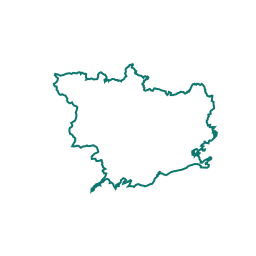 Ipeiroy, Ipeiros, Greece, rotated 297°
{"feature_id": "26713481B784345685192", "entity_name": "Ipeiroy", "entity_type": "district", "adm_level": 2, "iso_a3": "GRC", "parent_name": "Greece", "parent_adm1": "Ipeiros", "projection": "robinson", "projection_center": [20.637, 39.661], "detail": "fine", "context": "isolated", "style": "outline", "palette": "teal", "viewbox_px": 256, "rotation_deg": 297, "n_neighbors": 0, "source": "geoboundaries", "source_scale": "gbopen_adm2", "svg_char_len": 5915}
<svg xmlns="http://www.w3.org/2000/svg" viewBox="0 0 256 256"><g transform="rotate(297 128 128)"><path d="M133.6,41.9L132.6,42.8L131.9,44.2L132.5,45.5L131.5,46.4L129.7,46.9L129.1,48.7L127.3,50.5L126.8,52.4L127.2,53.3L128.2,54.0L128.2,56.5L128.5,57.5L126.7,60.6L125.1,61.1L123.9,62.3L123.5,64.7L125.4,66.5L124.3,67.9L123.5,69.8L123.9,72.0L123.6,73.3L121.0,74.1L118.0,74.5L116.1,76.3L113.2,77.2L110.6,77.5L106.7,75.1L105.2,77.1L104.5,77.5L103.0,77.2L101.9,76.2L100.4,76.3L97.9,77.7L96.4,79.3L96.7,80.7L96.2,82.3L95.2,83.4L95.3,84.5L94.7,85.9L93.4,86.2L92.7,86.8L86.4,86.5L87.1,88.5L88.7,90.2L89.7,92.0L89.0,94.9L91.1,96.2L92.4,98.4L93.8,99.3L93.6,100.3L94.3,101.8L97.0,105.2L96.7,106.0L96.8,108.4L96.0,109.8L93.4,112.3L92.7,112.2L90.0,109.9L86.0,108.6L84.0,109.8L85.8,112.8L85.4,113.6L84.3,114.6L84.3,115.1L85.8,117.4L87.3,118.5L87.3,119.3L86.2,119.8L85.1,121.2L83.4,121.5L82.8,122.8L81.6,123.6L81.2,126.4L79.4,125.0L78.2,124.8L77.9,125.1L78.0,125.7L76.7,127.3L77.7,129.0L77.6,129.4L74.2,129.8L69.7,128.5L67.1,128.3L64.3,126.2L63.5,125.2L62.6,125.3L61.2,124.3L58.3,124.0L57.5,123.1L55.3,124.0L56.3,124.2L56.4,124.9L56.2,124.4L55.9,124.4L55.9,125.0L57.0,125.6L60.6,125.1L61.0,126.2L62.9,126.6L64.8,127.7L64.4,128.3L64.4,127.6L63.3,127.5L64.6,129.0L65.2,127.9L66.0,128.0L68.8,130.3L71.0,130.7L73.0,132.2L73.3,132.7L73.3,134.5L71.7,136.4L70.7,136.7L72.0,138.1L71.1,140.5L69.8,141.7L68.3,144.5L69.8,144.4L70.5,144.1L69.5,144.3L71.5,143.4L72.6,144.3L72.6,143.8L72.8,143.9L72.9,144.3L74.2,144.8L74.9,145.5L71.6,145.5L72.0,146.2L73.3,145.5L76.5,146.1L78.3,145.5L81.2,146.7L81.4,148.1L80.7,150.0L77.9,148.7L76.1,149.0L80.0,152.4L82.7,153.9L82.4,154.8L77.4,155.1L76.1,154.7L77.2,156.3L78.4,159.2L78.2,160.1L81.0,160.9L82.9,162.9L82.6,164.9L83.2,166.0L83.1,166.8L83.8,168.5L83.7,169.5L85.1,171.1L88.3,173.5L88.9,174.6L89.9,175.0L93.3,175.3L94.7,174.8L98.6,176.2L98.7,175.5L99.4,175.2L100.7,176.4L101.7,176.8L101.9,175.6L103.2,176.0L103.3,176.5L102.5,177.7L103.0,179.7L102.8,180.6L103.3,183.4L108.8,186.8L115.4,195.0L119.4,198.5L120.6,198.6L121.6,199.2L126.0,203.6L127.2,205.8L127.6,207.7L127.3,210.0L127.0,210.4L126.2,210.5L126.0,210.9L128.6,216.6L130.1,217.4L131.9,216.7L131.7,215.3L132.0,214.3L131.4,213.8L132.0,212.5L132.0,213.5L131.5,213.7L132.1,214.1L135.0,214.0L135.8,214.9L138.3,216.2L139.4,215.6L139.3,214.4L138.5,213.9L137.3,213.9L136.6,212.9L134.0,211.0L130.7,209.7L130.2,208.8L130.1,208.3L131.6,208.0L132.6,205.8L133.9,205.2L135.4,203.1L137.1,202.8L138.1,203.2L138.7,204.0L138.1,203.1L137.2,202.7L136.3,202.6L134.7,203.1L135.1,201.2L136.4,200.6L133.4,200.1L135.3,199.1L135.2,198.4L134.6,198.2L133.5,198.4L133.5,197.5L134.2,197.4L134.7,198.1L135.6,198.5L136.2,198.1L136.1,197.3L135.8,196.9L135.5,197.4L135.2,197.5L134.8,197.0L135.3,197.4L135.7,196.8L136.7,197.6L137.6,197.3L136.1,196.7L135.4,196.8L135.2,196.4L135.7,196.1L136.8,195.9L137.2,196.7L138.4,196.8L140.3,198.5L140.5,198.9L139.7,200.2L138.9,200.8L137.6,200.7L137.6,201.0L138.7,201.3L140.0,201.1L140.6,201.8L142.8,202.6L141.9,204.8L142.4,205.1L142.2,205.7L142.7,206.5L143.8,206.2L142.9,205.1L143.3,203.3L144.7,202.8L145.8,203.3L145.3,201.2L146.2,201.3L149.6,203.1L151.4,202.0L150.6,202.8L150.2,204.3L150.9,206.7L153.1,205.9L154.0,206.5L154.1,207.4L155.1,208.2L159.1,209.7L159.7,209.5L161.0,210.2L162.4,209.9L162.7,209.7L160.4,208.5L161.0,208.3L162.1,209.1L163.6,209.4L163.9,208.9L161.5,208.0L161.2,207.6L162.7,206.9L163.1,206.4L162.7,206.0L162.5,205.7L163.8,205.6L164.5,207.5L164.7,206.6L164.3,204.8L165.0,203.9L167.2,204.0L167.8,204.7L166.4,204.4L166.1,204.4L168.0,204.7L167.7,203.8L166.6,202.7L166.9,202.4L165.8,200.4L166.1,200.0L168.0,199.7L166.5,197.9L168.9,195.8L169.0,195.4L170.3,194.8L171.7,195.2L173.3,194.5L175.1,194.8L175.7,193.7L176.5,193.5L177.6,195.0L178.3,195.2L179.6,194.1L180.8,194.0L184.6,195.8L186.6,194.6L187.3,193.8L190.1,192.3L190.0,190.4L195.1,188.6L194.9,188.0L194.2,188.0L194.1,187.2L193.1,186.7L193.3,186.1L192.7,185.4L192.8,183.8L194.3,182.3L194.5,181.2L195.6,180.7L196.0,179.8L197.1,179.7L197.5,178.7L199.0,177.7L200.6,175.0L200.7,173.5L199.3,173.1L199.0,172.5L199.3,170.7L198.8,169.5L197.8,169.3L198.0,168.8L197.3,168.1L197.6,167.3L196.9,167.0L196.7,166.1L195.3,165.7L190.4,165.9L189.2,165.4L189.1,165.9L188.1,165.8L187.9,165.2L186.9,165.0L186.9,164.4L186.4,164.5L184.7,163.3L184.5,162.8L185.2,161.1L184.8,160.8L184.6,159.4L184.1,159.0L184.1,158.4L182.6,157.6L181.6,156.4L180.1,155.8L177.4,152.6L176.7,151.1L178.8,150.4L178.8,148.1L176.8,148.5L175.3,148.0L176.2,145.9L177.6,145.1L177.3,144.6L177.6,143.9L176.7,141.0L176.7,138.4L175.6,135.1L175.7,134.3L175.2,133.4L172.4,133.2L172.3,132.2L171.9,131.5L172.5,130.5L172.5,129.3L171.4,128.8L169.2,126.7L169.0,125.5L169.3,124.9L171.2,124.5L171.6,123.2L173.0,122.9L173.3,121.1L173.8,120.7L175.5,121.5L176.3,121.3L176.8,120.8L177.4,120.8L178.3,121.8L179.9,121.9L180.2,122.9L180.9,123.4L182.4,123.2L182.7,121.9L181.9,121.3L182.0,119.9L180.7,118.7L179.7,119.0L180.6,116.0L180.0,114.6L179.7,112.7L180.1,112.0L179.8,109.9L180.2,109.3L181.0,109.9L182.4,109.5L182.1,108.5L183.1,107.5L183.7,105.9L183.6,103.9L184.8,103.4L186.4,103.9L187.0,103.2L184.6,100.7L183.0,100.9L182.4,100.1L181.2,99.8L180.3,99.2L178.7,99.5L176.9,100.7L175.2,100.6L173.4,103.1L171.6,102.1L169.9,102.3L167.1,100.6L166.5,100.6L166.7,100.0L166.5,98.8L165.5,97.8L166.0,96.8L165.1,95.0L165.3,93.4L164.5,91.7L162.8,90.7L161.7,89.4L161.3,89.4L161.9,88.8L161.2,87.8L159.5,86.8L159.6,86.2L159.0,86.2L160.2,85.2L162.5,86.4L163.7,85.7L165.1,83.4L164.8,82.8L164.8,81.2L165.4,78.6L164.0,77.5L162.0,77.1L160.1,78.2L157.6,78.4L155.5,75.0L155.7,73.8L155.5,72.8L154.0,71.5L153.8,70.4L152.2,68.8L153.4,68.7L154.1,67.5L157.1,66.2L156.9,65.1L156.4,64.6L156.4,61.8L154.7,61.4L155.7,60.3L155.7,59.5L154.8,58.3L153.4,57.6L152.3,54.2L150.5,53.1L150.3,51.1L148.4,48.4L146.1,46.5L143.9,44.0L143.8,41.1L143.2,38.6L141.9,38.8L141.7,39.8L141.0,40.6L140.6,43.0L137.8,43.7L135.2,43.0L133.6,41.9Z" fill="none" stroke="#0f766e" stroke-width="2"/></g></svg>